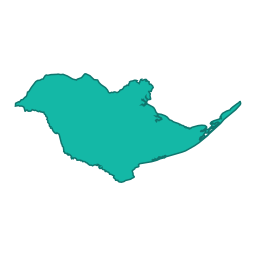 Chame, Panama (orthographic projection)
{"feature_id": "35544464B5601098588879", "entity_name": "Chame", "entity_type": "district", "adm_level": 2, "iso_a3": "PAN", "parent_name": "Panama", "parent_adm1": "", "projection": "orthographic", "projection_center": [-79.873, 8.613], "detail": "fine", "context": "isolated", "style": "filled", "palette": "teal", "viewbox_px": 256, "rotation_deg": 0, "n_neighbors": 0, "source": "geoboundaries", "source_scale": "gbopen_adm2", "svg_char_len": 5882}
<svg xmlns="http://www.w3.org/2000/svg" viewBox="0 0 256 256"><path d="M15.4,106.1L18.6,105.5L19.6,106.1L21.5,106.0L23.1,106.6L24.0,107.4L25.0,111.1L25.5,111.1L26.2,110.2L26.6,110.1L27.5,110.2L27.7,110.8L28.5,111.2L30.8,111.1L31.9,110.2L32.2,109.6L34.5,110.5L35.4,110.2L38.3,111.6L39.1,111.6L39.8,111.1L40.7,111.9L41.7,111.9L42.0,112.2L43.1,112.4L43.8,112.2L44.3,113.8L45.5,114.8L46.0,116.5L46.7,116.8L47.3,117.7L47.3,118.6L46.8,119.3L47.9,120.6L47.8,122.3L49.3,124.0L49.4,125.9L49.9,126.5L50.8,126.7L50.5,127.3L50.6,128.1L52.2,128.3L52.4,129.5L53.4,131.4L55.1,133.1L56.3,133.5L56.9,132.8L59.1,134.2L61.5,143.8L62.0,144.3L62.4,146.2L63.4,147.2L63.6,149.5L63.8,149.8L63.7,151.6L64.3,151.7L64.9,153.2L65.7,153.2L66.5,153.7L67.1,153.4L67.3,153.8L68.2,154.0L68.3,154.3L67.7,154.6L68.1,155.1L69.0,155.0L69.6,154.5L71.4,156.4L71.5,156.8L71.1,157.4L71.6,158.7L72.5,158.1L72.9,158.7L73.3,158.8L73.8,157.9L75.0,157.9L76.5,158.9L77.0,160.2L80.1,160.1L80.7,160.7L81.7,160.5L82.8,161.7L83.7,161.4L85.4,161.9L86.1,162.7L87.2,163.0L87.9,163.8L89.6,165.1L91.6,165.2L92.5,165.8L94.7,164.8L95.6,164.8L96.2,165.3L97.3,165.4L97.3,164.4L98.5,164.6L99.3,165.6L100.0,165.8L98.9,166.2L99.4,166.8L99.0,167.6L99.9,168.5L101.2,168.3L102.0,167.6L102.1,168.7L102.7,169.4L104.7,169.9L105.2,171.4L105.6,171.5L106.1,171.0L107.0,171.7L108.7,172.4L109.5,173.6L109.6,174.2L110.3,174.2L111.7,174.6L112.9,175.4L113.9,175.7L113.6,177.6L115.5,179.4L115.6,180.2L117.9,180.4L118.2,181.2L119.1,181.9L121.5,182.2L124.0,181.5L125.5,180.5L130.7,179.2L131.8,178.4L134.0,177.3L134.2,176.7L133.1,175.2L133.0,173.3L132.3,171.4L132.4,170.6L134.8,168.7L135.2,167.7L138.6,166.7L138.9,166.2L138.5,164.7L139.7,163.7L151.6,161.7L157.0,160.2L160.1,158.8L164.4,157.7L164.9,156.5L164.2,157.1L161.9,157.8L159.8,158.0L156.6,159.8L154.4,160.1L153.2,160.7L152.9,160.5L153.0,160.1L153.3,160.5L154.2,160.0L152.9,159.8L153.1,159.7L155.3,159.8L155.7,159.5L155.4,158.9L156.2,159.2L157.1,159.1L159.0,156.8L161.9,157.3L162.6,156.4L164.1,156.4L164.7,155.7L165.3,155.5L165.8,155.7L166.0,156.1L165.1,156.5L165.1,157.4L165.9,156.8L181.8,152.2L185.6,150.8L194.6,145.7L199.0,142.7L207.6,135.6L209.2,133.8L220.5,123.5L224.0,119.4L235.6,109.8L240.0,105.0L240.6,103.9L240.6,103.0L240.2,101.6L239.6,101.7L238.5,103.0L237.7,103.3L232.6,107.1L230.7,108.8L230.1,109.9L226.5,111.1L222.7,113.3L221.4,114.8L220.9,115.9L221.2,116.9L221.0,118.5L221.3,118.7L221.9,118.5L221.6,118.8L220.9,118.6L221.0,117.0L220.3,116.8L220.2,117.7L219.7,118.8L219.2,119.1L214.0,120.7L211.6,121.8L210.5,123.1L210.4,123.7L210.8,124.1L211.3,123.9L212.1,123.0L212.0,122.6L214.3,123.9L215.8,122.7L218.0,122.0L219.3,122.9L219.4,123.7L216.9,125.9L216.1,127.0L214.3,128.1L214.2,128.7L213.9,128.8L213.8,128.2L213.5,128.2L212.9,130.0L210.2,131.5L209.1,132.8L208.3,134.5L207.1,135.3L205.8,136.6L205.4,136.8L204.6,135.7L203.9,137.7L201.4,138.2L200.7,139.9L200.1,140.3L199.5,139.4L200.2,137.5L200.9,136.9L202.7,136.3L203.8,134.2L205.2,132.8L205.2,131.8L205.6,130.6L205.4,130.2L204.0,130.5L202.9,131.5L202.0,131.5L201.7,130.9L201.2,131.0L200.8,131.5L200.7,131.4L201.3,130.5L201.9,130.4L202.7,130.8L203.5,129.9L204.5,129.4L205.6,128.0L206.6,127.5L206.5,126.7L204.9,125.5L201.8,125.2L198.2,125.6L192.0,127.3L190.8,128.2L190.9,128.9L190.5,128.1L189.9,128.0L189.7,128.8L189.2,128.9L188.0,127.6L187.4,128.0L186.3,127.1L186.1,127.4L186.0,127.0L185.1,126.7L184.7,126.9L184.7,126.6L183.0,125.5L181.9,125.4L180.3,124.4L179.6,124.7L179.5,124.2L178.6,123.6L174.7,122.3L173.0,121.6L171.8,120.6L169.5,119.8L167.1,117.0L165.0,115.7L161.2,114.3L158.2,113.9L157.9,114.0L157.8,114.6L158.3,116.5L161.4,118.0L161.9,120.0L161.4,119.1L159.0,120.7L157.0,119.7L155.9,120.4L156.0,120.9L156.6,121.5L156.5,121.8L155.9,121.9L156.4,121.6L155.6,120.4L156.6,119.5L157.5,119.4L158.4,120.3L159.1,120.5L161.4,118.6L160.8,118.0L158.2,117.0L157.7,116.3L156.3,116.7L155.7,116.2L156.8,116.4L157.4,116.1L157.4,113.6L156.1,112.3L155.0,109.7L153.9,107.9L152.9,107.0L149.4,105.1L148.9,105.0L148.9,105.3L148.7,104.7L147.5,104.1L146.0,104.2L144.1,105.9L143.4,105.8L142.5,104.6L141.5,104.7L142.0,104.3L142.7,104.2L143.3,105.3L143.9,105.5L144.9,103.8L146.4,103.1L143.1,100.4L142.2,100.4L142.0,99.6L143.2,100.0L143.4,98.7L143.7,100.3L146.7,102.5L147.0,100.9L147.7,100.1L145.6,97.4L145.5,96.9L145.8,96.4L145.8,97.3L148.0,99.7L149.5,99.5L149.2,98.7L150.0,99.4L150.3,99.3L150.2,99.0L150.6,98.9L150.6,98.4L149.9,95.7L150.3,93.8L149.6,93.1L148.4,91.0L149.2,91.6L151.2,91.4L151.1,90.8L151.8,90.0L151.8,89.5L152.5,88.3L153.2,87.7L152.7,86.1L150.7,84.1L149.5,84.3L148.9,82.7L149.2,82.2L149.1,81.8L147.0,80.8L146.6,81.1L146.0,81.1L145.9,80.5L146.8,80.2L146.2,79.5L145.1,79.4L142.2,80.5L141.5,80.1L141.7,79.3L141.2,79.4L140.7,79.7L139.7,81.8L139.7,82.5L139.1,83.0L139.0,83.5L138.2,82.8L136.4,81.7L136.3,81.0L136.9,80.6L135.9,80.3L134.2,80.3L132.9,80.9L130.7,81.3L129.5,82.0L129.5,83.0L128.4,84.4L128.5,85.4L126.7,85.2L126.2,85.9L124.2,86.6L123.3,88.2L122.4,89.3L120.1,90.1L119.4,91.2L118.1,92.2L117.0,92.6L114.8,91.9L113.6,92.1L113.1,92.6L111.4,92.3L110.8,92.7L109.7,93.0L108.6,92.4L107.5,90.1L105.5,87.7L101.0,84.6L99.1,82.7L97.6,80.0L94.0,79.6L89.9,75.7L85.8,73.8L84.6,74.0L81.5,77.7L77.2,79.2L76.6,80.0L72.7,79.1L67.4,76.0L63.0,74.3L60.8,74.6L58.0,74.1L57.3,74.3L51.0,74.6L47.8,75.3L46.2,75.0L45.0,75.9L43.1,79.0L41.7,79.2L39.9,80.2L37.5,80.5L35.7,81.7L31.3,87.5L29.1,91.2L27.5,92.2L27.6,92.8L27.3,93.1L27.0,94.8L26.2,96.5L24.8,97.4L22.9,99.5L21.2,99.8L19.4,102.0L18.5,101.8L15.6,103.3L15.4,106.1ZM217.5,124.4L218.6,122.7L217.8,122.4L216.0,122.8L215.5,123.6L214.2,124.2L212.5,123.4L212.1,123.9L211.7,126.1L211.9,126.7L210.4,127.2L209.6,128.5L208.6,129.1L207.5,129.4L206.6,129.1L205.6,129.8L205.9,131.1L205.3,132.4L205.6,132.9L207.1,133.1L207.6,132.9L208.2,132.3L208.2,131.6L208.7,130.7L211.4,127.9L211.6,128.1L211.3,129.1L212.5,127.8L212.5,127.0L213.1,126.7L214.5,126.7L215.6,125.5L217.5,124.4Z" fill="#14b8a6" stroke="#0f766e" stroke-width="1.5"/></svg>